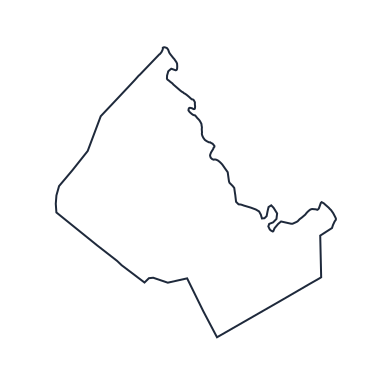 Kaedi, Gorgol, Mauritania (Equal Earth projection), rotated 170°
{"feature_id": "47542326B29120201182559", "entity_name": "Kaedi", "entity_type": "district", "adm_level": 2, "iso_a3": "MRT", "parent_name": "Mauritania", "parent_adm1": "Gorgol", "projection": "equal_earth", "projection_center": [-13.341, 16.007], "detail": "fine", "context": "isolated", "style": "outline", "palette": "slate", "viewbox_px": 384, "rotation_deg": 170, "n_neighbors": 0, "source": "geoboundaries", "source_scale": "gbopen_adm2", "svg_char_len": 2727}
<svg xmlns="http://www.w3.org/2000/svg" viewBox="0 0 384 384"><g transform="rotate(170 192 192)"><path d="M81.3,84.9L79.6,85.6L73.3,126.8L60.4,132.2L58.9,135.0L56.6,138.3L55.3,139.5L54.9,140.5L55.1,141.8L56.6,146.6L58.2,150.0L59.5,151.8L60.0,152.7L61.6,154.7L62.9,156.3L64.2,158.0L66.1,159.5L67.0,158.9L69.9,153.8L70.7,153.1L71.7,152.7L73.0,153.4L76.7,154.4L78.4,154.2L80.0,153.4L81.6,152.4L83.4,151.0L84.3,150.1L88.4,147.7L90.8,146.5L92.9,144.9L94.1,144.4L98.4,143.3L99.8,143.5L109.4,147.5L112.7,145.6L117.0,142.0L118.8,139.2L119.4,139.1L120.4,139.9L121.1,140.5L121.9,141.6L122.3,143.0L122.8,144.9L121.5,147.2L117.4,148.0L113.5,150.8L111.9,156.1L114.4,162.3L116.3,165.1L119.2,163.9L120.9,160.0L122.7,155.3L125.2,153.6L127.7,153.8L127.8,154.7L128.0,156.3L128.1,157.6L129.3,161.2L132.2,163.7L136.8,166.4L141.4,168.7L143.4,169.7L145.3,170.8L146.2,171.2L148.3,171.8L150.3,174.7L149.9,181.7L149.9,182.8L149.7,188.7L150.9,190.9L151.4,191.6L152.5,193.2L153.4,194.4L153.7,195.7L153.7,197.2L153.4,205.3L155.4,209.5L157.4,213.8L158.5,215.5L159.7,217.1L161.2,218.7L162.9,219.8L164.1,220.1L165.2,220.1L166.5,221.0L167.6,222.5L167.8,223.6L167.9,224.7L167.6,225.6L166.4,227.6L165.1,229.1L164.0,230.3L163.3,231.2L163.1,231.8L162.1,232.6L161.9,233.4L162.3,234.2L163.4,236.1L164.4,236.7L165.5,237.8L166.5,237.9L167.1,238.3L168.8,239.6L170.3,241.1L171.3,243.1L171.9,244.9L172.2,246.6L172.2,247.6L171.8,248.9L171.5,252.0L171.0,254.0L171.0,255.8L170.9,257.5L171.8,260.3L172.5,261.8L174.0,264.0L175.2,266.2L175.9,267.1L176.5,267.2L177.8,268.0L178.9,269.2L180.4,271.1L181.3,272.9L181.0,274.1L180.5,275.0L179.6,275.3L178.6,275.0L177.0,274.2L176.2,273.4L175.6,273.3L175.1,273.3L174.6,273.9L174.1,275.6L173.9,278.4L173.6,279.3L173.7,280.4L174.4,282.3L175.0,282.9L175.6,283.2L176.1,283.3L177.1,284.5L177.7,285.3L178.7,286.6L180.5,288.7L181.7,289.9L182.9,290.8L183.5,291.7L184.6,292.5L186.2,294.3L191.8,301.2L192.4,302.3L193.8,303.8L194.2,304.2L194.9,305.1L195.7,306.0L196.6,306.9L197.0,307.9L196.8,308.9L196.3,311.1L195.0,313.7L194.5,314.9L192.8,316.0L191.7,316.6L191.0,317.0L189.9,316.4L188.0,315.3L186.9,314.7L186.2,314.8L185.7,315.2L185.3,315.9L184.8,317.9L184.6,319.4L184.4,321.1L184.9,322.8L185.8,324.7L186.3,325.9L187.2,327.3L189.2,331.0L189.7,332.0L190.2,333.2L190.8,336.4L191.7,338.1L193.0,338.9L194.3,339.4L195.3,339.3L195.7,339.1L195.8,338.2L196.4,336.9L197.9,334.9L198.5,334.4L199.8,333.3L200.3,333.2L223.4,316.3L224.1,316.0L229.0,312.1L248.5,297.5L268.7,282.5L287.6,250.5L306.1,234.1L321.9,220.9L326.1,212.2L328.2,204.1L329.1,195.4L294.6,155.8L277.7,137.1L274.0,132.1L254.5,111.1L249.4,114.6L245.1,114.3L231.6,106.9L211.8,107.8L201.6,72.7L192.6,44.6L121.1,70.4L92.5,80.9L81.3,84.9Z" fill="none" stroke="#1e293b" stroke-width="2"/></g></svg>